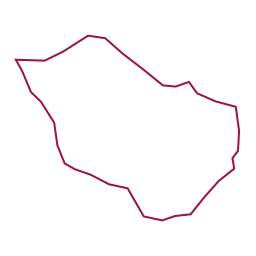 Tibro, Västra Götaland, Sweden, rotated 269°
{"feature_id": "70781695B34872352941630", "entity_name": "Tibro", "entity_type": "district", "adm_level": 2, "iso_a3": "SWE", "parent_name": "Sweden", "parent_adm1": "Västra Götaland", "projection": "albers", "projection_center": [14.256, 58.478], "detail": "fine", "context": "isolated", "style": "outline", "palette": "rose", "viewbox_px": 256, "rotation_deg": 269, "n_neighbors": 0, "source": "geoboundaries", "source_scale": "gbopen_adm2", "svg_char_len": 549}
<svg xmlns="http://www.w3.org/2000/svg" viewBox="0 0 256 256"><g transform="rotate(269 128 128)"><path d="M173.0,189.7L168.6,176.4L170.0,163.6L185.6,145.1L202.6,123.8L218.2,106.7L221.0,89.7L205.4,64.2L196.8,45.8L198.2,17.0L186.9,23.1L165.6,31.6L155.7,41.5L134.5,54.3L111.8,57.1L93.7,64.1L87.7,74.1L82.0,89.7L72.0,108.2L67.7,126.6L39.3,142.2L35.0,160.7L39.2,173.5L40.6,189.1L56.2,202.0L73.3,217.6L85.5,233.5L96.0,231.9L103.2,237.6L123.1,239.0L147.3,236.2L153.0,216.2L161.5,197.7L173.0,189.7Z" fill="none" stroke="#9f1239" stroke-width="2"/></g></svg>